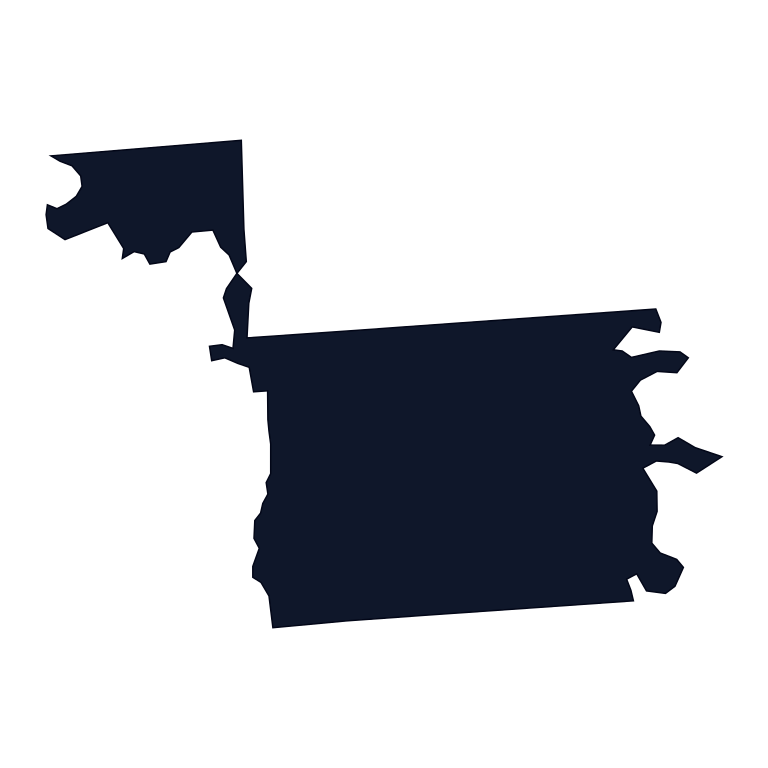 Serafina Corrêa, Rio Grande do Sul, Brazil
{"feature_id": "56859067B89620612627908", "entity_name": "Serafina Corrêa", "entity_type": "district", "adm_level": 2, "iso_a3": "BRA", "parent_name": "Brazil", "parent_adm1": "Rio Grande do Sul", "projection": "mercator", "projection_center": [-51.947, -28.687], "detail": "fine", "context": "isolated", "style": "filled", "palette": "ink", "viewbox_px": 768, "rotation_deg": 0, "n_neighbors": 0, "source": "geoboundaries", "source_scale": "gbopen_adm2", "svg_char_len": 1428}
<svg xmlns="http://www.w3.org/2000/svg" viewBox="0 0 768 768"><path d="M236.9,273.4L226.5,288.6L223.4,297.9L234.7,330.0L233.0,348.4L222.1,344.7L209.5,346.3L211.7,360.7L224.8,357.8L237.8,363.4L249.2,367.3L253.6,391.8L267.6,390.8L267.9,419.8L269.0,431.3L270.7,444.1L270.7,473.6L266.2,482.6L267.9,494.1L262.8,503.4L260.6,513.1L254.8,520.5L254.0,538.4L259.3,548.3L252.8,566.4L252.8,577.3L261.0,582.4L269.0,596.0L272.9,627.7L346.1,620.9L423.0,615.4L633.4,600.8L630.9,590.3L626.6,579.2L636.7,573.8L646.5,590.9L665.5,593.4L675.0,586.2L683.4,567.4L676.7,559.4L660.2,553.0L651.8,543.1L652.3,525.9L657.1,511.4L656.8,491.1L642.8,468.2L656.3,461.0L668.9,462.0L677.8,463.5L696.5,473.1L721.9,456.7L695.1,447.6L678.1,437.7L664.6,445.2L650.1,445.1L654.6,435.1L649.8,426.6L640.9,416.1L638.7,405.8L631.4,391.2L640.4,380.1L657.1,371.4L676.9,372.7L688.3,357.8L680.0,351.9L659.3,351.0L631.4,357.4L622.2,351.0L613.3,349.8L632.2,326.9L659.3,332.3L661.0,322.4L655.8,309.0L404.5,326.9L356.1,330.4L247.0,337.9L248.8,303.3L251.7,288.4L236.9,273.4ZM51.0,155.9L60.2,161.3L72.0,165.8L80.7,175.9L82.1,186.4L76.3,196.3L66.2,204.2L57.0,208.7L47.4,204.8L46.1,214.7L48.0,228.5L65.0,239.6L107.8,222.7L123.7,248.5L122.3,258.5L134.1,251.6L144.3,254.0L149.9,264.1L166.0,261.6L170.1,252.0L178.8,247.6L191.9,232.0L212.9,230.1L220.7,247.2L229.1,255.0L236.9,273.4L246.3,261.6L243.9,229.1L241.3,140.3L51.0,155.9Z" fill="#0f172a" stroke="#020617" stroke-width="1.5"/></svg>